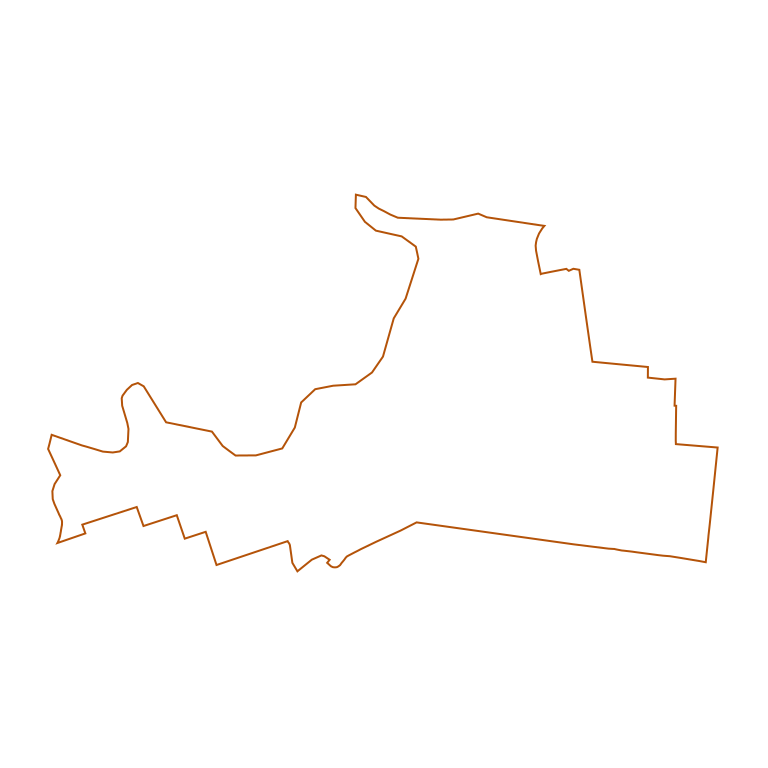 Tudor Vladimirescu, Galati, Romania (Mercator projection), rotated 91°
{"feature_id": "2599482B92797551545765", "entity_name": "Tudor Vladimirescu", "entity_type": "district", "adm_level": 2, "iso_a3": "ROU", "parent_name": "Romania", "parent_adm1": "Galati", "projection": "mercator", "projection_center": [27.668, 45.548], "detail": "fine", "context": "isolated", "style": "outline", "palette": "amber", "viewbox_px": 768, "rotation_deg": 91, "n_neighbors": 0, "source": "geoboundaries", "source_scale": "gbopen_adm2", "svg_char_len": 3112}
<svg xmlns="http://www.w3.org/2000/svg" viewBox="0 0 768 768"><g transform="rotate(91 384 384)"><path d="M544.9,151.0L545.4,148.6L545.7,146.9L546.3,143.5L546.5,141.0L547.0,135.8L547.3,132.9L547.9,128.0L549.9,110.4L550.3,107.0L550.8,101.9L551.2,95.1L552.7,84.5L554.5,72.4L555.4,66.3L555.6,65.0L556.6,59.2L532.4,57.1L529.6,56.9L519.0,55.9L482.0,52.7L441.7,49.3L439.0,91.1L435.6,91.3L428.7,91.4L400.7,91.5L400.6,93.1L373.6,92.6L374.5,103.5L373.0,120.3L362.4,120.4L360.1,150.3L358.1,176.0L342.9,178.5L341.0,178.8L312.4,183.4L266.4,190.7L265.5,196.7L267.6,201.2L265.7,203.7L268.9,218.8L270.9,227.9L271.4,229.2L258.5,232.1L248.0,234.3L243.0,234.8L239.5,234.4L236.2,233.7L230.8,231.6L225.7,228.5L223.1,226.4L222.3,232.8L215.5,284.2L212.0,292.8L216.4,310.1L218.3,317.6L218.7,330.2L218.1,351.9L218.0,355.7L217.5,373.1L214.5,380.6L211.1,387.2L208.7,392.3L205.8,396.8L197.3,405.3L195.2,415.4L208.6,415.6L222.2,405.9L230.8,394.8L233.6,381.2L236.1,368.9L246.1,354.6L252.9,353.0L258.2,351.8L298.3,363.9L318.2,375.4L356.6,385.5L372.7,396.2L384.8,412.5L386.6,434.8L390.4,452.7L403.9,466.5L429.1,472.4L450.2,484.6L457.6,510.8L458.1,531.2L453.5,537.7L448.8,544.2L434.6,555.2L426.1,601.2L390.5,624.2L387.3,630.1L389.4,635.9L394.3,641.0L400.2,645.2L402.8,646.0L410.3,645.4L427.4,640.0L433.4,638.7L446.5,639.1L450.8,640.8L456.0,647.0L457.2,654.0L456.5,663.9L454.1,672.3L451.8,680.6L450.7,684.9L447.4,694.9L440.6,715.4L444.2,716.2L449.5,717.4L454.8,718.7L467.8,712.4L480.9,706.1L489.8,711.6L496.9,713.7L504.9,713.2L509.5,711.5L519.5,706.8L519.9,706.7L520.0,706.6L520.4,706.4L520.6,706.3L521.2,706.0L521.5,705.8L521.8,705.6L522.3,705.4L522.7,705.2L522.9,705.1L523.2,705.0L523.8,704.7L524.4,704.4L524.7,704.2L524.8,704.2L525.0,704.1L525.5,703.9L526.3,703.7L526.5,703.6L526.8,703.6L527.3,703.5L527.5,703.5L527.8,703.5L528.1,703.5L528.4,703.5L528.7,703.5L529.0,703.5L529.3,703.5L529.6,703.5L529.9,703.5L530.2,703.5L530.4,703.5L530.5,703.6L530.9,703.6L531.1,703.6L531.4,703.7L531.7,703.7L532.0,703.8L532.3,703.8L532.6,703.9L532.9,703.9L533.3,704.0L534.2,704.1L534.5,704.2L534.8,704.2L535.1,704.3L535.3,704.3L535.5,704.3L535.8,704.4L536.1,704.4L536.4,704.5L536.8,704.5L537.0,704.5L537.6,704.6L537.8,704.7L538.2,704.7L538.4,704.8L538.5,704.8L538.9,704.8L539.2,704.9L539.5,704.9L539.8,705.0L540.0,705.0L540.7,705.1L541.0,705.2L541.4,705.2L541.6,705.2L541.7,705.3L541.9,705.3L542.2,705.4L542.5,705.5L543.1,705.6L543.3,705.6L543.5,705.7L546.3,706.7L546.8,706.9L547.3,707.1L547.5,707.2L548.0,707.4L548.5,707.7L548.7,707.8L538.6,680.0L529.9,683.2L511.3,629.1L530.2,622.0L518.8,588.9L542.1,580.5L534.9,559.7L567.9,548.3L542.8,477.6L543.6,477.2L545.1,476.0L546.7,475.3L564.4,472.5L572.8,467.3L560.9,453.1L556.5,443.6L557.3,440.6L560.7,435.3L563.8,437.7L567.2,433.8L568.0,432.0L568.2,430.4L568.1,428.8L567.9,427.8L567.5,427.0L566.6,425.7L565.9,424.8L565.2,424.3L564.3,423.7L563.7,423.3L562.0,421.9L560.2,420.5L558.4,419.3L557.1,418.1L556.1,416.4L553.1,410.9L551.1,407.1L549.6,404.4L541.9,389.1L530.3,364.9L521.8,349.0L537.9,217.0L541.0,191.6L544.3,160.5L544.7,156.6L544.9,152.1L544.9,151.0Z" fill="none" stroke="#b45309" stroke-width="2"/></g></svg>